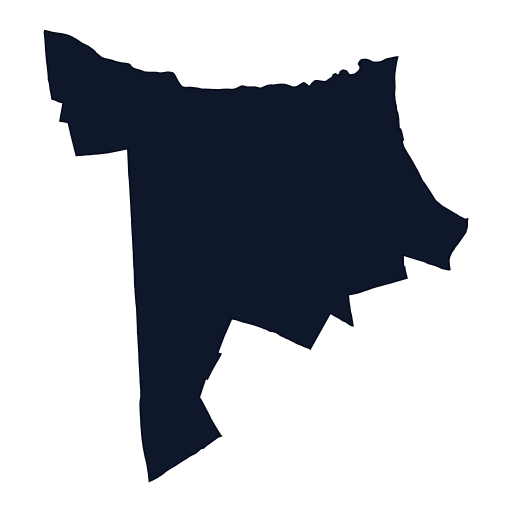 outline of Phasi Charoen, Bangkok Metropolis, Thailand
{"feature_id": "78962969B24631471480950", "entity_name": "Phasi Charoen", "entity_type": "district", "adm_level": 2, "iso_a3": "THA", "parent_name": "Thailand", "parent_adm1": "Bangkok Metropolis", "projection": "orthographic", "projection_center": [100.442, 13.718], "detail": "fine", "context": "isolated", "style": "filled", "palette": "ink", "viewbox_px": 512, "rotation_deg": 0, "n_neighbors": 0, "source": "geoboundaries", "source_scale": "gbopen_adm2", "svg_char_len": 5850}
<svg xmlns="http://www.w3.org/2000/svg" viewBox="0 0 512 512"><path d="M221.3,435.9L221.1,435.7L220.7,435.4L220.4,435.1L218.9,432.7L214.7,425.8L210.5,418.5L210.1,417.5L209.0,415.3L207.3,412.0L201.0,400.1L200.3,398.9L199.5,398.0L199.3,397.6L199.3,397.0L199.6,396.4L205.5,378.4L207.4,379.1L211.4,370.9L214.5,365.4L215.8,362.9L216.9,361.3L221.0,354.0L217.5,353.1L224.2,335.5L229.7,323.1L231.3,319.2L231.3,318.8L231.7,318.6L233.4,319.1L235.0,319.2L244.0,322.1L246.0,322.5L253.7,324.6L256.8,325.6L259.5,326.6L261.5,327.2L263.8,328.3L266.4,329.1L269.4,330.8L270.4,331.2L270.8,331.1L273.3,331.5L276.3,332.5L278.8,334.1L280.2,335.2L283.4,336.7L284.0,336.8L285.6,337.8L288.4,338.9L290.4,339.9L292.3,340.9L292.6,341.2L294.3,341.8L295.4,342.5L295.8,342.8L298.4,344.0L301.9,345.3L302.2,345.3L302.4,345.5L303.6,346.2L309.3,348.3L310.0,348.7L310.2,349.0L330.2,313.2L333.2,314.8L334.6,315.7L339.7,318.4L342.6,320.5L344.1,321.2L345.0,321.5L345.8,321.8L346.8,322.5L348.8,324.0L351.9,325.7L353.0,325.8L352.7,324.3L351.3,315.5L350.2,311.2L349.5,305.8L348.8,301.2L348.7,299.7L348.3,296.3L348.0,294.8L356.1,293.3L359.3,292.4L362.2,291.4L368.1,289.4L371.3,288.2L376.5,286.6L382.1,285.1L394.4,281.7L407.0,278.0L405.6,272.5L405.3,271.7L405.3,271.4L404.6,267.1L404.1,267.2L403.9,267.1L403.4,265.0L403.2,262.7L403.2,257.9L403.0,255.5L403.4,255.1L410.4,257.3L423.5,261.2L424.8,261.6L427.4,263.0L428.7,263.6L429.3,263.7L431.0,264.1L435.7,265.5L442.4,268.4L448.3,269.7L449.9,269.5L449.3,265.9L449.0,262.5L448.9,260.7L449.0,259.2L449.5,256.9L449.7,256.3L450.2,255.5L450.8,253.8L451.2,252.9L451.6,252.1L453.3,250.0L455.4,246.4L456.6,245.2L460.3,240.0L460.7,239.4L465.5,232.5L465.8,231.8L467.0,227.6L467.2,226.1L467.3,221.1L467.6,218.9L466.2,219.3L465.5,219.3L464.4,219.2L463.4,218.7L462.2,217.9L461.4,217.5L461.0,217.4L459.5,216.7L457.3,215.2L452.4,212.4L441.9,206.1L436.0,201.1L435.0,200.0L428.8,190.1L423.8,182.7L422.6,181.3L421.7,179.7L419.8,175.8L417.0,169.9L416.5,169.3L409.7,157.1L407.9,154.5L404.1,147.9L403.0,145.0L401.9,140.7L403.1,140.3L403.2,139.9L403.2,139.5L401.5,131.8L400.8,129.9L400.4,129.2L400.1,128.9L399.3,128.9L399.1,128.5L398.9,127.3L399.0,126.9L398.6,121.3L398.6,119.3L398.4,117.7L397.8,114.4L397.8,113.4L397.2,112.2L396.7,111.0L396.3,108.6L396.1,105.5L395.4,103.4L395.2,102.1L394.7,98.0L394.7,96.9L394.4,95.5L394.5,91.1L394.8,89.1L394.8,85.1L394.5,78.7L394.6,74.7L394.7,73.3L396.3,62.8L397.4,57.9L397.7,57.0L395.7,57.1L389.5,58.5L388.0,58.7L385.8,59.4L384.5,60.0L382.6,61.2L380.7,61.8L379.9,62.1L375.5,62.4L372.9,62.3L371.2,61.3L368.4,60.1L365.9,59.4L362.0,59.7L361.0,60.1L359.7,61.5L358.9,63.0L358.5,64.0L359.1,64.7L360.0,66.5L360.2,67.2L360.2,68.2L359.6,69.8L358.3,71.3L356.1,73.3L355.1,74.1L354.1,74.3L352.1,74.7L349.9,75.0L349.4,74.9L348.9,74.5L347.1,71.8L346.4,71.1L345.8,70.8L343.7,70.3L343.1,70.2L342.4,70.4L341.8,70.7L340.5,71.6L340.3,71.8L339.6,74.0L339.2,74.4L338.4,74.9L337.1,75.4L336.9,75.4L336.6,75.2L336.2,74.2L335.7,73.9L334.9,74.0L334.1,74.4L333.2,74.9L333.0,75.4L333.0,76.3L332.6,76.8L329.6,79.1L329.1,79.3L327.8,80.2L326.4,81.4L326.0,81.6L325.5,81.6L323.2,81.6L320.5,81.2L318.1,80.8L315.8,80.7L315.0,80.9L314.2,81.5L311.8,83.7L310.3,85.9L309.7,86.3L309.2,86.3L307.6,85.6L306.9,84.8L305.3,83.5L304.0,82.9L303.7,82.9L303.3,82.9L302.0,83.6L299.1,85.5L297.5,86.5L296.6,86.8L294.7,87.2L293.1,87.2L292.1,87.0L287.9,85.4L285.1,84.6L281.7,84.3L275.3,84.9L274.9,85.2L272.7,85.2L271.0,85.1L267.7,85.5L265.2,86.5L261.2,88.2L260.6,88.3L260.0,88.3L256.9,87.6L255.9,87.3L254.9,87.1L247.5,87.2L243.3,86.2L242.0,86.1L241.5,86.1L236.0,88.8L234.4,89.3L231.4,89.6L227.5,89.3L222.8,89.5L217.9,89.9L215.1,89.7L212.9,89.7L207.8,89.4L201.8,89.3L198.1,88.4L194.9,88.0L189.8,87.4L185.5,87.7L183.3,87.3L182.3,86.8L181.5,86.3L179.5,83.9L179.0,83.1L177.9,81.3L175.1,75.9L173.9,74.0L172.9,73.1L172.5,72.9L170.3,72.4L168.3,72.2L167.3,72.2L165.0,72.6L160.3,73.2L156.0,72.5L154.5,72.5L149.9,72.5L145.2,72.2L143.6,71.8L141.7,71.0L139.7,70.3L136.0,69.3L133.5,68.4L132.6,67.8L131.1,66.5L130.3,65.3L129.6,64.6L127.8,63.8L126.4,63.6L121.2,63.0L116.3,61.9L113.9,61.1L112.0,60.4L104.4,58.7L101.4,57.5L97.5,54.3L95.1,52.4L95.0,51.7L92.8,49.7L88.0,46.3L83.2,44.1L80.8,42.6L79.1,41.4L76.7,39.9L76.0,39.4L73.8,38.2L72.1,37.2L69.8,36.1L66.6,35.0L61.8,33.9L54.5,32.9L51.8,32.4L48.7,31.5L44.7,30.7L44.4,32.6L44.6,34.6L44.9,37.2L45.5,44.8L45.7,49.3L46.9,62.7L47.3,65.0L48.2,73.4L48.5,76.8L48.4,78.4L48.7,80.3L49.4,82.8L49.6,83.6L50.4,90.2L50.7,90.7L52.0,98.9L52.2,99.1L54.5,99.7L56.4,100.4L58.3,101.5L63.4,102.8L63.3,103.2L63.1,103.4L63.0,103.8L61.6,112.0L61.0,114.8L60.0,121.1L61.8,121.3L66.1,122.0L68.4,122.8L70.7,133.3L76.3,155.5L80.5,155.1L81.2,155.2L86.7,154.6L90.3,154.5L93.5,154.0L96.7,153.9L106.4,152.8L107.7,152.6L114.7,151.3L127.6,148.6L127.9,149.3L127.9,151.9L128.1,154.4L128.1,155.2L128.5,163.3L128.7,169.5L129.0,175.5L129.5,179.9L129.7,183.3L130.1,189.4L130.1,190.8L131.0,205.4L131.5,216.5L131.8,217.0L131.8,222.5L132.3,232.3L132.8,239.2L133.2,248.6L133.4,250.6L133.6,254.9L133.5,255.3L133.8,261.2L133.9,265.0L134.3,269.4L134.5,272.1L134.5,273.7L134.4,275.0L134.6,276.0L134.7,282.5L134.9,287.2L135.3,288.5L135.2,291.0L135.7,297.3L136.1,302.3L136.4,304.9L136.8,309.5L137.6,327.6L137.7,333.6L138.0,334.5L138.2,340.5L138.7,348.5L139.0,353.1L139.2,360.2L140.3,379.8L140.2,380.7L141.0,390.6L140.9,393.6L141.1,396.1L140.4,400.8L140.1,403.5L140.5,414.3L140.8,418.1L141.1,425.4L141.9,434.7L142.4,439.8L143.6,448.2L143.9,449.7L144.9,454.7L145.2,456.7L146.3,460.3L146.3,461.1L146.6,462.0L147.0,463.9L147.6,467.7L148.6,474.1L148.9,476.7L149.3,481.3L151.7,480.3L157.3,477.4L163.7,473.1L165.3,471.5L166.3,470.8L170.4,468.2L175.5,465.3L180.6,461.8L187.0,457.9L189.0,456.4L192.2,454.7L194.3,453.8L195.5,453.1L200.9,448.6L201.4,448.3L203.5,448.0L203.8,447.8L206.5,445.3L208.3,444.1L217.7,437.2L219.8,436.4L220.5,436.3L221.3,435.9Z" fill="#0f172a" stroke="#020617" stroke-width="1.5"/></svg>